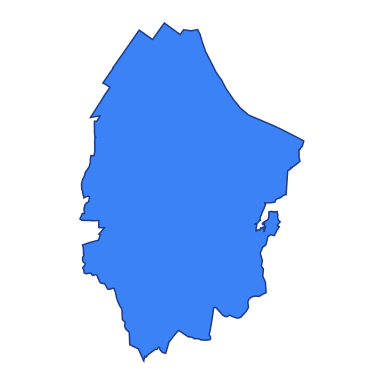 Luncavita, Tulcea, Romania
{"feature_id": "2599482B10547950725498", "entity_name": "Luncavita", "entity_type": "district", "adm_level": 2, "iso_a3": "ROU", "parent_name": "Romania", "parent_adm1": "Tulcea", "projection": "orthographic", "projection_center": [28.311, 45.281], "detail": "fine", "context": "isolated", "style": "filled", "palette": "blue", "viewbox_px": 384, "rotation_deg": 0, "n_neighbors": 0, "source": "geoboundaries", "source_scale": "gbopen_adm2", "svg_char_len": 5901}
<svg xmlns="http://www.w3.org/2000/svg" viewBox="0 0 384 384"><path d="M164.3,23.0L163.8,23.8L161.4,27.1L152.9,39.1L152.5,39.5L139.2,30.1L130.0,43.4L112.8,67.9L113.2,68.2L110.2,72.4L102.9,83.0L103.2,83.2L103.3,82.9L109.9,87.3L104.3,95.6L100.6,101.7L90.4,117.6L90.5,117.6L90.7,117.4L92.9,117.0L100.0,115.8L100.0,116.2L97.1,120.7L96.5,121.4L96.3,121.5L96.0,121.5L94.6,121.1L94.4,122.7L94.4,123.0L94.5,123.7L94.4,124.0L94.4,125.0L94.5,127.9L94.5,129.9L94.6,130.5L94.4,130.9L94.5,132.9L94.9,137.1L95.0,137.2L95.6,137.2L95.7,137.3L95.1,138.1L94.9,138.6L94.7,139.7L94.7,141.3L94.7,143.7L95.0,144.1L94.8,145.0L94.9,145.7L94.6,146.2L94.8,146.8L94.9,148.5L94.7,152.0L94.0,155.7L91.7,155.6L91.7,155.8L90.7,155.8L90.8,156.3L90.7,157.0L90.3,159.5L90.3,162.5L89.4,166.0L88.9,167.2L85.1,172.7L84.8,174.4L84.5,175.5L83.6,177.9L82.8,178.9L82.4,180.2L81.6,183.5L81.5,185.5L81.8,188.5L81.8,189.4L82.5,190.8L82.7,192.8L83.3,195.6L83.6,196.4L83.8,197.2L84.0,197.5L84.0,197.9L86.4,196.6L87.2,196.4L88.2,196.3L89.4,196.5L89.3,198.6L88.7,201.2L88.1,202.1L86.9,202.9L86.6,202.9L86.0,203.5L84.7,205.1L84.8,205.6L84.0,208.7L84.4,213.6L82.3,213.5L81.0,216.7L79.9,218.9L80.9,219.6L81.6,220.2L84.1,220.4L90.9,220.5L91.7,220.8L98.8,220.5L98.8,227.6L104.4,227.8L98.9,234.2L100.3,234.6L98.5,240.2L90.1,242.4L82.5,245.0L82.6,245.7L82.8,246.2L83.1,246.6L83.2,247.5L83.4,248.8L83.5,250.4L83.4,250.9L83.5,252.5L83.4,253.7L83.8,254.5L84.0,254.7L83.6,255.5L83.5,256.3L82.7,257.1L82.6,257.5L82.6,258.9L82.8,261.0L83.5,262.4L84.4,262.8L85.0,263.3L85.2,263.8L85.1,264.5L84.6,265.5L83.9,266.3L82.8,267.5L82.7,267.7L82.7,268.0L82.9,268.4L83.6,269.4L83.8,270.0L83.9,270.8L84.1,272.6L84.4,273.1L85.6,273.5L86.3,273.8L88.1,273.3L91.2,273.3L91.3,273.4L92.1,275.0L92.8,275.5L94.7,274.8L95.5,274.7L96.3,274.9L96.9,275.3L97.3,276.2L97.9,277.3L98.1,278.6L98.5,279.1L98.9,279.7L99.2,281.0L99.4,281.4L99.9,281.9L100.1,282.4L100.9,283.0L101.8,283.3L102.9,283.4L103.7,283.7L104.3,283.4L104.7,283.5L105.0,284.3L106.2,286.1L106.7,287.4L107.8,289.2L110.2,289.2L111.4,288.8L112.3,288.3L114.1,288.5L115.6,292.9L116.4,297.1L117.6,301.1L119.7,305.7L121.9,309.2L122.4,319.7L125.2,322.2L124.6,325.5L125.1,327.7L126.3,329.7L128.8,331.7L129.2,332.8L129.4,335.1L129.7,344.6L138.4,348.9L142.4,357.8L142.6,358.3L143.6,360.9L143.7,361.0L143.7,360.9L144.8,356.4L146.0,357.2L148.7,354.1L153.9,350.4L154.7,349.4L156.5,349.5L157.3,349.1L158.4,347.2L159.5,347.7L160.1,349.8L161.9,352.0L163.5,352.8L165.7,353.3L166.0,352.3L168.9,342.2L174.1,335.4L178.6,330.3L188.2,336.8L188.3,336.7L190.2,337.1L191.1,337.0L192.4,337.4L193.8,338.5L194.5,338.8L197.0,338.6L197.7,338.8L198.0,338.7L198.7,338.9L199.3,338.9L200.6,339.8L201.9,340.0L203.3,339.9L204.3,340.2L207.3,340.1L208.0,339.9L209.5,339.8L210.1,339.5L210.6,338.8L210.5,338.5L210.6,338.2L210.4,337.7L210.4,336.5L210.1,336.0L209.1,335.1L210.3,329.6L212.1,318.7L213.7,307.9L215.1,307.3L216.5,308.2L222.8,315.2L224.6,316.3L226.0,316.7L227.4,316.5L229.6,315.1L232.8,316.7L236.2,317.9L236.8,318.0L238.7,318.0L240.8,317.2L243.6,314.3L246.1,311.4L248.1,308.1L248.5,307.0L247.8,302.2L248.9,299.3L250.8,297.5L253.2,296.4L255.9,296.1L257.4,296.2L258.6,296.4L259.7,296.1L262.8,294.2L266.1,292.7L265.4,282.1L262.8,276.3L263.4,268.7L261.6,266.6L261.4,265.5L262.4,260.8L260.2,253.1L262.6,247.4L265.9,244.8L266.1,243.7L266.6,242.4L266.7,241.5L267.0,240.3L267.2,239.1L267.8,236.8L268.4,236.3L268.6,236.0L269.0,235.8L270.5,234.9L271.1,234.7L271.7,234.8L272.8,235.4L273.4,235.5L274.0,235.6L274.3,235.5L274.6,235.2L275.2,233.6L276.1,232.2L276.8,230.3L277.9,229.0L278.1,228.6L278.4,227.8L279.4,226.9L278.9,226.3L277.4,225.8L277.5,225.5L277.6,224.8L278.0,224.2L280.2,221.8L278.3,219.9L278.0,219.3L277.5,216.4L277.6,216.1L277.8,215.7L277.9,215.1L277.5,213.7L277.2,212.3L277.2,211.6L276.5,211.6L276.3,212.2L274.0,211.6L273.5,212.1L273.3,212.2L272.1,211.4L271.7,211.3L271.4,211.6L271.1,211.6L270.1,211.5L269.6,211.6L269.1,211.8L268.8,212.1L268.8,212.3L268.9,212.7L269.0,213.8L268.9,214.7L269.0,214.9L268.9,216.4L268.6,217.4L268.2,218.7L267.4,220.2L266.9,220.4L266.3,220.5L265.1,221.3L264.6,221.7L263.9,222.0L262.6,223.2L262.8,223.6L262.4,224.0L262.8,224.5L263.6,223.6L264.2,222.5L264.4,222.5L264.5,222.6L264.3,223.1L264.3,224.1L264.4,224.9L264.6,225.3L264.4,225.7L264.2,226.4L264.3,226.5L265.3,226.8L265.4,227.0L265.4,227.3L265.4,227.8L265.2,228.2L264.8,228.3L264.3,229.0L264.5,229.7L264.6,230.2L264.7,230.7L264.6,230.9L264.5,231.3L263.9,231.4L264.0,230.7L263.9,229.9L263.8,229.7L263.8,228.0L263.6,227.2L263.2,227.3L262.9,227.3L261.9,228.2L261.7,228.3L260.8,227.8L260.2,229.1L260.5,229.2L260.3,229.4L260.1,229.4L259.8,229.5L259.7,229.8L258.8,229.9L258.5,230.1L257.8,229.9L257.2,230.1L257.3,230.4L257.3,230.5L257.0,230.7L256.6,230.6L256.3,230.9L256.0,230.8L256.1,228.1L256.3,227.4L256.9,224.2L256.4,224.2L255.3,224.2L255.1,224.1L255.4,223.7L255.9,223.5L256.5,223.5L257.2,223.3L257.8,222.8L259.0,221.2L260.4,220.4L260.1,219.1L260.1,217.8L260.3,216.8L261.4,214.9L261.9,213.1L264.1,208.2L264.9,206.2L265.5,204.2L265.5,203.9L265.4,203.7L264.9,203.6L264.6,203.4L264.6,202.9L265.7,202.9L271.6,202.7L273.0,202.3L274.2,202.4L275.1,201.9L275.2,201.4L275.3,200.8L275.5,200.3L276.0,199.5L276.5,199.1L277.7,198.6L279.1,198.3L280.1,197.4L280.5,197.4L280.7,197.6L282.3,196.2L283.7,195.2L284.7,194.9L286.1,194.7L287.7,170.8L287.8,170.8L288.6,170.2L290.6,168.9L290.9,168.6L290.5,168.3L291.0,167.5L291.6,167.9L294.9,165.3L295.7,164.8L297.3,163.5L298.6,162.3L299.8,161.5L299.9,161.2L299.9,160.5L299.5,159.4L299.4,158.5L299.0,156.6L299.1,155.0L299.0,150.6L298.8,150.5L299.3,149.3L299.9,149.5L301.0,147.7L301.6,146.9L302.2,146.5L303.9,140.8L304.1,140.8L301.9,140.0L299.5,138.6L283.2,130.3L273.9,125.8L265.2,122.1L248.4,115.0L240.0,107.7L237.2,104.0L233.8,100.0L226.3,89.1L222.8,82.5L221.6,80.0L218.9,76.4L215.9,71.9L205.7,51.7L202.3,42.1L201.3,38.9L200.1,34.4L197.6,29.6L191.3,30.8L183.6,29.8L180.2,34.6L164.3,23.0Z" fill="#3b82f6" stroke="#1e3a8a" stroke-width="1.5"/></svg>